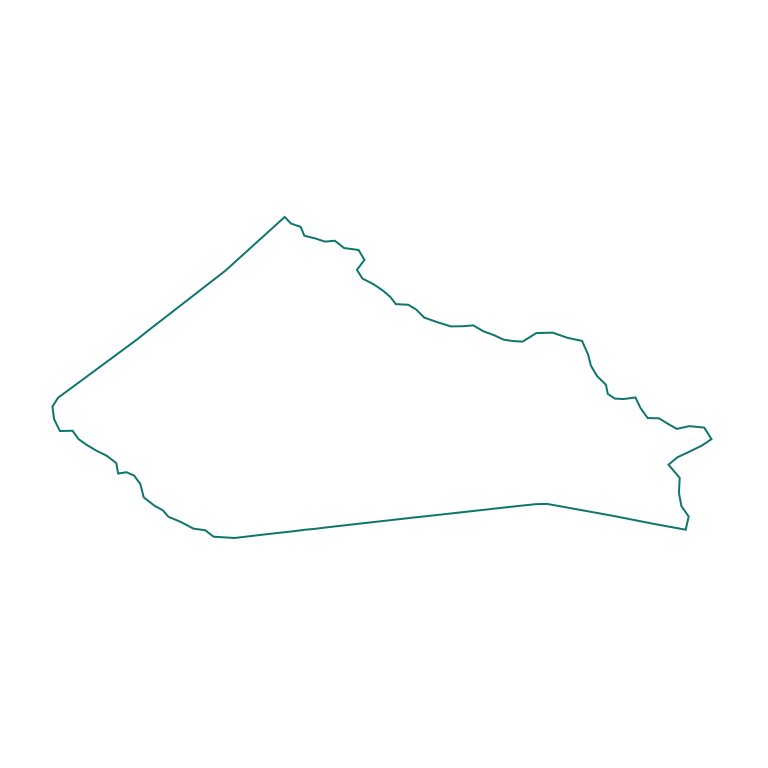 Firmino Alves, Bahia, Brazil, rotated 93°
{"feature_id": "56859067B48990974542345", "entity_name": "Firmino Alves", "entity_type": "district", "adm_level": 2, "iso_a3": "BRA", "parent_name": "Brazil", "parent_adm1": "Bahia", "projection": "orthographic", "projection_center": [-39.914, -14.923], "detail": "fine", "context": "isolated", "style": "outline", "palette": "teal", "viewbox_px": 768, "rotation_deg": 93, "n_neighbors": 0, "source": "geoboundaries", "source_scale": "gbopen_adm2", "svg_char_len": 1314}
<svg xmlns="http://www.w3.org/2000/svg" viewBox="0 0 768 768"><g transform="rotate(93 384 384)"><path d="M513.7,75.1L500.4,72.8L490.4,80.6L477.2,83.8L462.2,83.8L449.7,95.7L441.7,87.0L435.2,74.7L428.5,62.8L421.9,54.1L410.8,61.9L410.1,76.9L413.5,89.3L408.7,98.8L403.9,107.5L404.2,118.9L394.4,126.7L384.3,132.2L386.5,144.2L386.5,152.7L382.2,160.0L373.2,162.3L365.0,171.6L354.8,178.4L344.2,181.6L330.6,188.5L328.3,203.1L323.9,218.2L325.2,234.6L334.4,247.8L334.4,256.9L333.5,266.7L329.5,276.6L326.1,287.7L320.8,297.7L322.1,307.6L323.0,320.1L319.6,333.6L315.6,347.3L308.0,355.7L303.6,363.9L303.6,376.4L296.9,382.1L290.8,389.9L285.0,399.5L279.8,411.1L271.4,417.0L261.1,410.0L251.5,416.4L250.3,431.0L243.5,440.6L244.9,450.3L242.2,460.4L240.1,471.3L231.5,475.4L228.6,485.3L222.4,491.9L279.0,548.2L339.7,618.5L345.6,625.3L351.8,632.2L414.9,708.9L424.0,713.9L436.4,711.6L447.9,705.2L447.0,692.6L455.1,686.1L460.3,677.8L465.6,667.8L470.1,657.3L477.0,647.2L487.3,644.8L485.6,636.6L488.5,628.8L496.6,622.1L509.8,618.0L517.7,606.6L521.7,598.2L527.9,592.3L532.3,580.0L538.4,566.7L539.4,554.9L545.4,546.2L545.6,525.2L540.6,496.0L535.3,464.0L533.6,454.9L532.2,444.9L530.1,433.3L516.4,351.1L512.8,328.8L498.9,244.2L496.1,226.4L495.2,214.9L503.7,148.3L509.7,106.3L513.7,75.1Z" fill="none" stroke="#0f766e" stroke-width="2"/></g></svg>